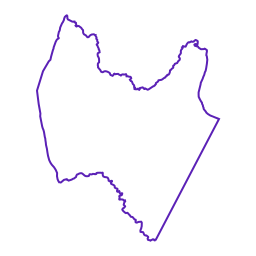 Lalay Gash, Gash Barka, Eritrea
{"feature_id": "51966322B3150290200372", "entity_name": "Lalay Gash", "entity_type": "district", "adm_level": 2, "iso_a3": "ERI", "parent_name": "Eritrea", "parent_adm1": "Gash Barka", "projection": "albers", "projection_center": [37.404, 14.623], "detail": "fine", "context": "isolated", "style": "outline", "palette": "violet", "viewbox_px": 256, "rotation_deg": 0, "n_neighbors": 0, "source": "geoboundaries", "source_scale": "gbopen_adm2", "svg_char_len": 5651}
<svg xmlns="http://www.w3.org/2000/svg" viewBox="0 0 256 256"><path d="M66.8,15.4L66.0,15.8L64.8,17.0L64.2,18.5L63.9,20.0L62.9,22.1L62.0,23.4L60.2,27.5L59.9,29.4L59.6,30.7L58.9,31.8L58.0,35.9L58.1,36.9L58.7,37.9L58.7,38.3L57.1,39.4L56.7,39.9L55.6,42.0L55.3,42.9L53.7,47.3L53.5,48.7L53.0,49.8L51.1,56.6L50.4,59.8L48.8,61.3L43.0,71.2L37.0,90.6L38.7,104.1L40.4,113.5L40.2,116.3L42.2,126.5L42.8,128.5L43.4,129.8L44.0,132.0L44.8,136.9L45.3,138.7L45.4,140.1L45.8,142.7L46.0,144.9L46.9,148.7L47.4,152.2L48.0,155.7L49.2,160.1L50.4,162.6L51.7,164.6L54.1,167.3L55.8,170.0L57.1,173.0L57.0,176.2L57.6,179.3L58.5,181.3L59.1,182.2L59.4,182.1L60.4,182.5L61.0,182.4L63.9,179.9L66.6,179.2L67.1,179.4L67.2,179.9L68.0,180.1L68.4,180.5L68.6,180.6L71.7,179.6L73.0,178.8L74.2,178.4L75.1,177.6L75.6,177.3L76.0,177.0L76.2,176.4L76.4,175.5L77.1,174.5L77.9,174.3L78.7,173.8L80.0,173.3L81.2,173.2L81.8,173.3L82.6,173.8L84.8,175.7L86.1,176.2L87.6,176.2L88.7,176.0L89.1,175.5L89.5,174.4L89.9,174.2L91.7,174.4L92.3,174.2L92.8,173.9L94.7,174.0L95.0,174.2L95.9,174.1L96.3,173.9L96.5,173.1L97.3,172.8L100.7,172.7L101.7,172.9L102.6,172.7L102.7,172.8L102.8,173.3L102.7,174.6L102.9,175.6L103.4,176.5L104.9,177.1L106.2,177.2L107.5,177.6L108.0,178.2L108.6,179.6L108.6,180.6L109.4,181.2L109.9,181.3L111.4,180.8L111.9,180.9L112.0,181.1L112.0,181.5L111.2,182.3L110.9,182.7L111.1,183.7L111.4,184.0L113.8,185.1L114.7,186.1L114.7,187.1L114.8,187.6L115.7,188.2L117.3,188.7L117.5,189.0L117.5,189.8L117.2,190.3L117.0,190.8L117.0,191.1L117.2,191.5L117.4,191.7L118.0,191.8L118.8,191.3L119.2,191.1L119.5,191.5L119.6,192.7L120.2,193.7L120.7,193.8L121.9,193.2L122.2,193.4L122.1,194.3L121.8,195.0L121.3,195.3L119.7,195.8L119.3,196.1L119.3,196.5L119.5,197.2L119.6,198.0L119.6,198.3L119.3,198.7L119.2,199.1L119.4,199.5L119.7,199.6L121.0,199.4L122.6,199.5L123.1,199.7L123.7,200.5L124.1,200.6L124.9,200.3L125.1,200.8L125.2,201.4L124.6,202.0L124.1,203.0L123.7,204.8L124.0,205.2L124.8,205.8L125.1,206.5L124.1,207.7L123.6,208.1L123.2,208.2L122.4,209.2L122.3,209.7L122.5,210.0L123.3,211.1L125.4,212.9L125.9,213.1L127.3,212.8L127.6,212.9L129.4,214.9L130.1,215.5L130.5,216.4L131.0,216.8L132.4,217.0L133.0,217.5L134.5,219.4L135.6,219.7L135.8,220.1L135.5,221.9L135.7,222.3L136.5,222.6L136.9,222.6L138.6,221.9L141.1,221.7L141.7,222.4L141.8,223.0L141.7,226.3L141.2,228.2L141.2,228.6L140.8,229.2L140.4,230.5L140.5,231.8L141.0,232.0L142.9,232.1L143.1,232.3L143.5,232.9L144.0,234.3L144.3,234.8L145.4,235.5L146.1,235.4L146.6,235.6L148.1,236.8L148.2,237.1L148.2,237.3L147.6,238.7L148.0,239.8L149.3,240.2L150.0,240.2L150.4,240.6L152.2,239.7L152.5,239.4L153.2,239.3L153.8,239.5L154.2,240.2L154.8,240.4L155.5,239.6L155.9,239.6L219.0,119.0L210.3,115.5L207.9,114.0L206.3,112.6L205.8,111.6L203.9,109.3L203.6,108.6L203.6,107.8L203.0,106.5L202.9,105.4L202.1,103.9L201.9,102.5L201.4,102.0L200.3,100.1L199.7,98.9L199.4,98.5L199.1,97.5L198.7,96.9L198.6,94.5L198.6,92.4L200.6,84.3L200.8,82.8L202.6,78.9L203.4,76.6L204.2,74.9L204.9,72.2L205.5,71.1L205.7,70.5L206.2,68.1L206.9,63.6L207.3,59.7L206.8,56.2L206.3,55.2L206.6,52.9L206.9,51.8L206.9,50.2L205.2,48.9L204.5,48.7L204.2,49.0L203.4,49.1L201.5,49.2L200.8,49.1L198.7,47.7L197.9,46.5L196.6,46.3L194.8,45.7L194.6,45.3L194.4,44.7L194.7,44.3L195.7,44.0L197.4,44.4L197.6,44.0L197.8,41.7L197.6,41.1L197.5,40.9L196.0,40.1L195.6,40.0L195.2,40.2L194.2,41.0L193.7,41.6L192.1,41.8L191.3,41.4L189.6,42.4L189.0,42.2L188.3,42.4L187.9,42.7L186.8,44.1L185.7,46.5L185.1,46.7L183.0,46.1L182.8,46.5L182.9,46.9L182.1,47.3L182.6,48.0L182.1,48.9L181.6,49.2L181.0,50.4L180.8,51.1L180.9,52.2L180.8,53.4L179.1,55.7L178.8,56.6L178.9,57.0L179.8,58.3L179.8,58.9L179.7,59.7L179.4,60.1L178.0,61.4L177.9,61.7L177.2,63.0L174.9,63.8L174.1,65.2L173.3,65.7L173.1,66.1L173.3,67.1L173.2,67.6L172.8,68.1L171.7,68.8L171.0,69.8L170.0,70.4L169.9,72.0L169.3,73.7L168.8,74.4L168.5,74.7L167.4,74.8L167.2,75.0L167.1,75.6L165.6,76.6L165.5,77.1L165.4,77.4L163.6,78.3L162.7,79.1L161.5,79.8L158.5,80.3L158.0,81.5L157.8,81.7L155.9,83.1L155.8,84.3L155.2,84.7L154.9,85.4L154.4,85.6L153.8,86.2L153.2,86.3L148.7,89.3L147.8,89.7L147.6,89.7L145.1,88.4L144.8,88.4L144.8,88.8L144.6,89.0L144.3,89.0L142.7,87.4L140.0,88.0L139.8,88.1L140.0,88.4L139.8,89.1L139.2,89.8L138.2,89.3L138.0,89.0L137.5,88.8L137.0,89.2L136.1,89.3L134.6,89.1L134.4,88.9L135.1,87.8L135.0,87.6L134.3,87.5L134.2,87.4L134.1,86.8L134.2,85.8L134.1,85.4L133.7,84.8L132.9,84.1L132.7,83.7L132.1,82.0L131.8,81.5L131.3,81.1L130.8,81.0L129.9,79.7L131.2,78.4L131.0,77.4L130.3,76.8L129.0,76.7L128.0,76.3L126.5,76.3L126.4,75.9L126.6,75.4L126.0,74.2L125.7,74.2L125.2,74.4L123.8,74.6L123.4,74.4L122.5,74.4L121.9,74.6L120.9,75.5L120.2,75.0L119.4,74.8L118.1,73.9L116.5,74.0L115.4,74.2L114.5,73.7L113.9,74.0L113.6,74.8L112.6,75.8L112.2,75.7L111.6,75.3L110.8,75.1L110.5,74.9L110.2,74.4L110.0,73.6L109.6,72.9L107.9,71.9L106.5,71.4L105.2,71.2L104.2,71.4L103.0,72.1L102.5,72.2L102.0,72.1L101.1,71.7L100.3,70.1L98.1,67.5L98.0,67.1L98.1,66.4L97.8,65.3L97.9,63.7L98.0,63.4L99.1,62.3L99.1,60.4L99.0,58.7L98.8,58.1L98.6,57.4L97.9,56.3L97.6,54.7L97.7,53.7L97.8,53.3L98.0,53.1L99.6,52.3L99.4,50.6L99.2,50.0L98.8,49.6L98.7,48.5L98.0,47.2L97.5,45.8L96.7,44.7L96.8,44.3L97.8,43.5L98.1,42.9L98.2,42.5L98.1,42.3L97.4,41.7L97.2,40.8L97.2,39.6L96.3,38.8L96.3,38.3L96.5,37.3L95.6,36.0L95.6,35.1L95.1,35.2L94.1,34.4L93.7,34.3L91.8,34.5L90.5,35.1L89.7,35.8L88.8,36.9L88.2,37.2L87.4,37.2L85.9,35.4L84.0,34.3L83.4,33.4L83.1,32.4L83.1,30.8L83.0,30.1L82.2,29.3L81.2,27.8L78.9,26.1L77.9,25.9L76.5,26.5L76.1,26.3L75.7,25.9L75.6,25.7L76.2,25.4L76.3,25.3L75.9,22.8L74.8,22.5L74.6,22.3L74.6,21.6L74.1,21.5L73.0,21.7L72.2,21.6L67.9,19.4L67.4,18.4L67.3,16.0L66.8,15.4Z" fill="none" stroke="#5b21b6" stroke-width="2"/></svg>